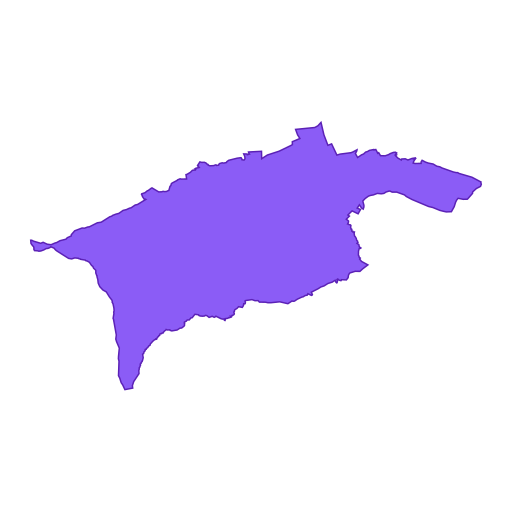 the district of Miercurea Ciuc, Harghita, Romania
{"feature_id": "2599482B30524546463793", "entity_name": "Miercurea Ciuc", "entity_type": "district", "adm_level": 2, "iso_a3": "ROU", "parent_name": "Romania", "parent_adm1": "Harghita", "projection": "equal_earth", "projection_center": [25.758, 46.338], "detail": "fine", "context": "isolated", "style": "filled", "palette": "violet", "viewbox_px": 512, "rotation_deg": 0, "n_neighbors": 0, "source": "geoboundaries", "source_scale": "gbopen_adm2", "svg_char_len": 6060}
<svg xmlns="http://www.w3.org/2000/svg" viewBox="0 0 512 512"><path d="M132.7,388.1L132.4,385.6L133.7,381.6L139.0,373.6L138.8,370.4L139.1,369.8L139.3,367.6L139.9,367.0L140.0,366.1L140.5,365.3L140.2,364.1L141.1,363.4L141.1,362.7L142.2,361.4L142.2,360.9L142.5,360.5L143.2,357.7L142.6,354.2L143.6,353.6L144.1,351.7L144.8,351.2L145.2,350.3L145.2,349.5L146.2,349.3L146.4,348.5L147.7,347.6L148.7,346.0L150.0,345.3L150.5,343.6L151.4,342.9L152.5,341.5L154.6,339.7L156.4,339.2L156.1,338.7L156.7,338.5L157.4,337.7L157.5,337.2L158.6,336.4L158.8,335.7L159.8,335.1L159.8,334.2L161.0,333.5L161.6,333.7L162.2,333.0L163.1,333.0L163.4,332.3L164.6,330.9L166.1,329.9L166.2,329.5L167.5,330.0L169.8,329.8L170.1,330.4L171.8,330.9L177.1,330.0L179.9,328.2L181.7,328.0L184.0,326.2L184.5,325.4L184.6,324.8L184.3,323.8L184.7,323.3L184.3,322.2L184.5,322.0L186.4,321.1L186.7,320.4L187.7,319.9L189.3,319.9L190.8,318.0L192.2,317.7L194.9,314.3L198.6,314.8L198.9,315.5L200.2,316.0L202.6,316.2L204.5,316.0L205.3,315.4L206.8,315.6L209.1,317.4L212.2,316.3L214.2,317.3L215.5,316.7L215.9,316.2L221.2,318.8L222.7,319.1L224.2,319.0L224.4,320.3L225.0,320.5L225.3,319.8L224.7,319.4L225.2,318.6L227.8,318.3L228.7,317.6L229.1,317.8L231.1,317.1L230.5,316.3L231.4,316.3L232.2,315.8L232.1,315.4L233.4,315.0L234.1,314.4L234.3,313.7L233.8,312.1L234.4,311.5L234.5,310.3L235.0,309.6L236.9,308.5L238.6,306.7L242.3,307.4L243.4,305.7L243.7,303.7L244.8,303.9L245.2,303.5L245.4,302.4L245.1,301.4L245.2,300.7L245.9,300.5L252.0,299.6L255.0,300.7L258.1,300.6L259.4,302.1L265.5,302.2L267.8,302.7L271.1,302.7L279.7,301.8L287.9,303.7L292.0,301.0L293.0,301.3L294.5,301.1L297.3,299.2L301.8,297.1L303.2,296.8L305.0,295.6L307.3,295.1L307.9,293.7L311.4,295.4L312.0,295.2L312.4,294.6L311.3,292.2L318.2,288.7L320.8,287.0L324.1,285.9L327.9,283.5L332.3,282.1L335.1,280.3L335.9,282.2L336.8,282.9L337.1,282.6L337.5,280.9L337.0,279.5L337.8,279.0L338.8,280.0L340.4,280.6L341.1,280.6L341.4,279.7L346.4,279.9L348.1,277.7L348.5,275.0L349.5,273.3L350.1,272.9L355.2,271.3L359.9,271.4L362.6,268.9L367.9,264.9L361.5,261.4L359.6,259.0L360.3,258.1L359.1,257.1L359.0,256.1L358.4,255.2L358.5,251.0L359.3,248.3L360.6,248.4L360.9,248.0L359.9,247.4L359.2,246.4L358.8,244.5L357.0,243.4L357.9,242.4L357.6,242.2L357.6,241.2L356.7,240.3L356.2,238.3L355.2,236.6L354.6,236.1L354.1,233.5L354.4,232.0L353.0,232.1L352.9,231.3L351.8,231.1L351.8,229.3L351.0,229.0L351.0,228.3L350.6,227.6L350.9,225.4L350.3,224.8L349.1,224.7L348.2,223.9L347.7,223.9L348.5,222.1L348.5,221.0L346.3,219.2L349.4,216.1L347.9,215.0L352.1,210.9L358.1,213.8L360.5,209.5L357.2,208.1L359.4,204.8L361.5,208.0L363.2,209.1L363.9,207.0L363.9,205.2L363.0,201.9L362.9,200.9L365.2,198.5L368.5,196.1L370.6,195.4L373.4,194.9L377.3,193.4L381.3,193.8L383.9,193.4L386.1,192.0L389.0,191.1L390.0,191.1L392.1,192.1L396.7,192.1L404.5,194.9L406.3,196.5L412.0,199.5L428.6,206.5L432.8,207.5L439.9,210.4L443.9,211.4L446.3,211.9L451.4,211.7L454.2,206.7L455.6,202.2L456.7,200.0L458.1,198.3L463.2,199.3L467.4,199.2L472.1,193.9L472.6,193.2L472.5,192.2L473.1,191.5L476.4,188.5L480.5,186.4L481.3,184.3L480.8,182.5L481.0,182.0L471.9,177.2L458.9,173.4L457.7,172.6L456.2,172.6L453.4,172.0L442.1,168.0L439.8,166.8L436.8,166.2L433.1,164.0L428.4,163.1L425.5,162.1L422.1,160.3L421.1,162.0L421.1,163.4L415.0,163.5L413.2,163.1L413.7,161.3L415.3,158.9L414.6,159.0L414.7,158.6L413.1,158.9L413.0,158.6L415.5,158.2L415.4,157.9L412.1,158.4L407.9,160.0L405.3,158.8L401.7,159.0L401.3,160.0L397.9,158.1L395.4,155.6L396.5,154.9L395.5,154.4L396.7,153.0L395.4,152.2L393.4,152.4L390.2,153.6L388.6,154.6L385.2,155.8L381.0,155.7L380.5,155.7L378.7,152.7L377.8,153.3L375.8,149.5L374.0,150.0L373.8,149.5L369.4,150.4L367.6,151.5L365.6,152.1L363.6,154.0L361.6,154.8L357.6,157.5L355.4,153.5L356.8,150.9L357.0,149.8L352.8,152.0L351.0,152.7L340.1,154.1L336.9,155.1L331.6,143.9L327.9,145.3L323.9,134.8L321.0,122.4L317.9,125.8L314.8,127.5L295.6,129.4L297.6,134.9L299.9,138.5L292.3,141.7L292.4,144.6L291.1,145.4L279.1,151.2L267.4,155.0L261.7,158.7L261.5,151.3L248.5,152.0L248.8,153.1L249.5,154.1L247.3,154.7L247.1,154.0L243.7,153.9L244.7,156.3L245.0,158.2L244.9,158.9L244.0,160.1L241.9,159.7L241.9,159.0L241.2,157.8L240.8,157.7L237.1,158.2L228.7,160.3L226.8,161.7L226.5,162.5L223.6,163.1L222.2,162.8L219.7,163.5L218.9,164.2L218.6,165.1L217.8,165.3L216.5,165.4L216.3,165.0L215.4,164.9L213.8,165.6L209.9,165.8L208.2,165.2L208.1,164.5L206.9,164.0L206.0,163.0L204.3,162.3L201.7,162.4L199.9,161.9L197.6,165.4L198.4,165.9L198.6,166.7L198.4,166.7L199.1,167.5L195.9,168.2L195.3,168.6L196.0,168.7L195.4,170.0L192.4,170.3L190.4,172.3L186.9,174.4L186.0,174.6L186.6,179.0L181.2,179.1L180.1,178.8L177.5,179.9L177.3,180.3L172.2,183.0L171.4,183.6L170.8,185.7L170.0,186.3L168.9,190.3L166.4,191.5L164.2,191.6L163.1,191.3L161.8,191.8L158.7,191.9L152.0,187.9L151.3,188.2L148.2,190.5L147.3,190.8L145.0,192.7L141.7,193.8L141.5,194.3L142.3,195.8L142.4,196.5L144.3,199.3L145.1,199.1L145.8,199.4L137.5,204.5L135.2,205.0L131.1,207.8L129.4,208.2L126.4,209.6L123.1,210.4L118.8,213.4L116.0,214.1L112.6,215.4L111.5,216.3L109.9,216.7L101.2,222.2L97.3,222.8L89.4,226.8L87.7,227.0L84.5,228.2L82.1,228.0L74.7,230.8L71.3,234.7L71.3,235.9L67.3,237.7L65.9,239.2L60.0,240.7L56.6,242.6L55.0,243.0L51.1,244.7L47.2,244.2L43.1,242.3L40.7,243.3L33.4,241.1L31.7,240.2L30.7,240.2L31.0,243.5L32.5,245.6L33.6,246.7L33.9,247.8L33.9,249.4L34.5,250.6L37.5,250.8L38.8,251.2L40.8,251.0L43.8,249.9L46.1,248.6L47.9,248.4L49.9,247.6L50.8,246.8L54.0,248.1L55.6,250.0L57.2,251.2L68.6,258.4L71.7,258.9L74.8,257.9L78.5,258.3L79.0,258.8L80.1,258.9L80.5,259.3L85.3,260.1L85.6,260.6L87.3,261.1L89.4,262.3L91.6,265.5L92.8,266.4L93.6,268.2L95.6,270.1L95.8,270.5L95.8,273.0L96.8,275.7L97.0,275.8L97.0,276.8L97.8,279.5L98.2,283.1L99.8,286.7L102.9,290.0L106.3,291.9L109.4,296.9L112.0,300.3L112.3,301.7L112.1,302.1L113.0,303.8L113.9,308.0L114.1,310.9L113.7,312.0L113.9,313.5L113.1,318.4L113.5,319.3L116.3,335.0L115.8,339.1L116.5,341.5L119.3,348.1L118.5,356.5L118.4,358.8L119.0,361.2L118.5,375.7L119.7,378.0L121.2,382.7L122.7,384.9L124.9,389.6L132.7,388.1Z" fill="#8b5cf6" stroke="#5b21b6" stroke-width="1.5"/></svg>